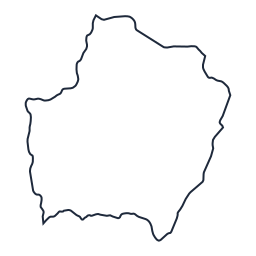 outline of Kamphaeng Phet
{"feature_id": "THA-400", "entity_name": "Kamphaeng Phet", "entity_type": "Province", "adm_level": 1, "iso_a3": "THA", "parent_name": "Thailand", "parent_adm1": "", "projection": "albers", "projection_center": [99.403, 16.336], "detail": "fine", "context": "isolated", "style": "outline", "palette": "slate", "viewbox_px": 256, "rotation_deg": 0, "n_neighbors": 0, "source": "natural_earth", "source_scale": "10m", "svg_char_len": 3569}
<svg xmlns="http://www.w3.org/2000/svg" viewBox="0 0 256 256"><path d="M205.2,56.0L203.0,64.7L203.0,67.5L203.4,69.0L204.6,71.5L207.8,76.8L208.5,77.5L209.3,77.8L210.1,77.8L211.6,77.6L212.3,77.8L213.0,78.1L214.2,78.7L215.9,79.9L217.2,80.5L217.9,80.7L221.1,81.3L222.4,81.9L223.9,83.1L226.8,85.9L228.0,87.4L228.6,88.7L228.9,90.9L230.3,95.2L222.7,116.0L220.3,120.1L219.8,121.5L219.7,122.6L220.0,123.2L220.4,123.8L220.8,124.3L221.3,124.7L222.3,125.7L223.0,127.5L214.9,136.8L213.0,139.9L212.6,143.2L212.6,145.0L213.2,148.4L211.0,156.3L203.9,172.3L203.6,174.1L203.4,180.0L203.0,181.0L202.6,181.8L190.6,192.1L189.2,193.6L185.7,199.0L182.4,205.9L180.1,209.6L178.5,211.6L177.8,212.7L177.6,213.7L177.7,214.5L177.5,215.8L176.8,218.4L171.3,231.7L170.4,232.9L168.8,233.2L167.5,233.8L167.0,234.2L160.7,239.9L159.5,240.5L158.5,240.6L157.3,239.9L156.8,239.6L155.1,237.5L153.7,235.2L153.1,233.9L152.3,231.0L151.5,226.4L150.4,223.7L149.7,222.5L148.9,221.4L148.5,221.0L147.5,220.1L146.9,219.7L145.7,219.1L138.9,216.9L137.1,215.9L135.0,214.2L134.4,213.9L133.8,213.7L132.9,213.7L131.9,213.9L131.0,213.9L130.2,213.7L128.8,213.3L127.9,213.2L126.2,213.2L124.0,213.5L122.3,213.9L121.3,214.6L120.6,215.6L120.0,217.1L119.3,217.8L118.5,218.1L117.7,218.1L112.7,216.5L110.2,215.3L109.2,215.4L107.6,215.7L106.8,215.8L100.4,214.7L98.2,214.0L97.1,214.1L95.7,214.4L92.0,215.7L90.9,215.8L90.3,215.4L89.5,215.2L88.1,215.4L87.2,216.0L86.4,216.9L85.0,217.6L84.1,218.4L83.2,219.4L82.5,219.6L81.9,219.5L81.4,219.0L81.0,218.5L80.3,217.4L79.9,216.8L79.4,216.5L78.8,216.1L77.5,215.6L76.3,214.9L71.0,210.7L70.4,210.4L69.7,210.2L68.9,210.0L68.1,210.0L63.9,210.7L63.0,211.5L62.0,211.6L61.1,211.6L59.8,211.4L59.1,211.7L58.6,212.2L57.6,213.4L55.1,215.8L54.1,216.4L53.0,216.7L50.6,216.7L49.8,217.0L49.1,217.4L46.3,220.1L43.4,223.4L42.7,216.4L43.6,212.7L43.6,211.8L43.4,211.0L42.7,209.8L40.7,207.0L40.6,206.0L40.7,204.8L41.1,203.2L41.6,200.0L41.6,198.4L41.5,197.3L41.2,196.8L40.8,196.1L39.9,195.2L39.3,194.8L38.5,194.6L36.9,194.6L35.9,194.2L35.0,193.5L33.6,191.7L33.1,190.5L30.0,171.7L30.0,170.8L30.2,169.2L30.3,168.4L31.3,165.7L32.0,164.4L32.4,163.3L32.8,161.8L32.9,158.4L32.8,156.7L32.5,155.6L31.1,154.7L30.2,154.0L29.0,151.8L28.4,149.3L27.5,141.7L27.6,139.0L29.5,131.4L29.6,130.6L29.6,127.4L29.9,125.6L30.3,124.1L30.7,121.0L30.9,117.3L30.7,115.5L30.5,114.3L30.1,113.7L29.7,113.2L28.8,112.3L28.1,111.7L27.5,110.8L25.8,105.8L25.7,103.8L25.8,102.5L26.4,101.1L27.1,99.9L27.9,99.0L28.3,98.8L28.7,98.6L29.4,98.6L30.9,98.9L31.6,99.1L33.2,99.4L34.0,99.4L34.8,99.3L37.7,98.7L38.5,98.7L39.3,98.8L40.8,99.2L43.5,100.3L44.2,100.5L45.9,100.5L48.4,100.2L50.5,99.5L55.1,96.7L56.7,95.4L58.4,94.5L59.2,94.2L59.7,93.9L60.3,93.6L60.7,93.1L61.1,92.5L62.0,90.5L62.3,89.9L62.7,89.4L63.3,89.1L64.0,88.8L64.8,88.7L70.7,88.3L72.3,87.9L72.9,87.7L75.1,86.1L75.8,85.4L76.5,84.2L77.7,81.7L78.1,80.3L78.3,79.1L77.8,76.0L77.6,75.2L76.9,73.2L76.8,72.4L76.5,69.4L76.6,66.1L76.7,64.4L77.0,63.3L77.7,62.1L78.2,61.6L78.8,61.3L79.5,61.0L80.3,60.3L81.1,59.1L83.4,53.0L86.3,48.9L87.0,46.4L87.0,44.7L86.7,43.2L86.2,40.6L86.4,37.7L86.7,36.4L87.2,35.5L89.7,34.3L90.3,33.6L91.1,32.6L92.1,30.5L92.6,29.2L92.8,28.1L92.8,23.2L93.5,20.2L95.9,15.4L101.6,19.2L104.0,19.8L114.2,17.0L125.0,16.2L127.4,16.3L129.6,16.7L130.5,17.2L131.7,18.0L132.7,18.9L134.0,20.4L134.3,20.9L134.9,22.2L135.1,23.0L135.3,24.6L135.4,27.1L135.5,27.9L136.0,29.3L136.4,29.8L137.0,30.3L163.8,47.2L164.9,47.4L166.6,47.5L167.4,47.5L173.7,46.4L187.6,46.6L191.2,46.2L194.6,46.3L195.8,46.6L196.5,47.0L198.7,49.6L200.1,50.9L201.8,53.0L205.2,56.0Z" fill="none" stroke="#1e293b" stroke-width="2"/></svg>